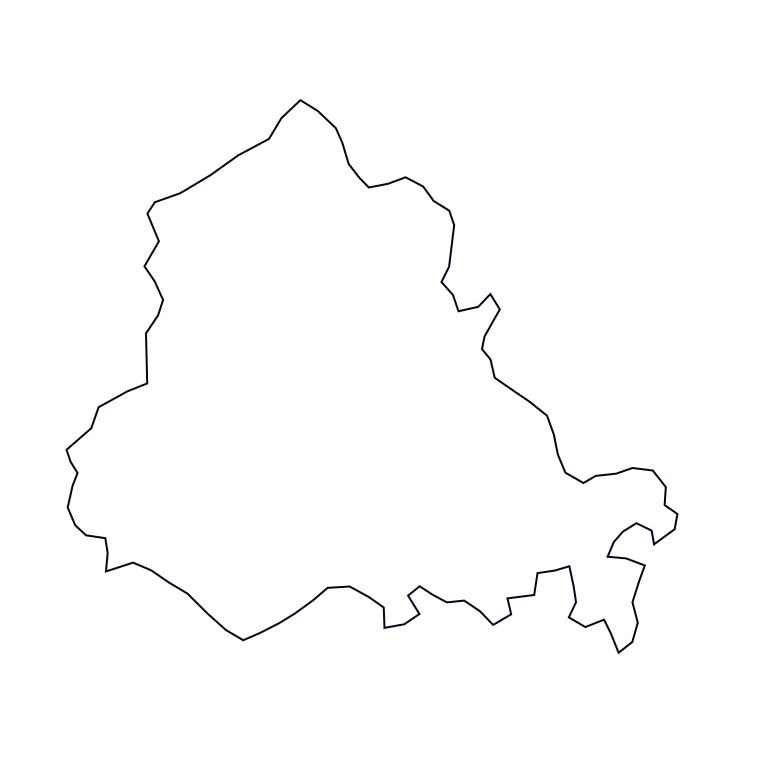 the district of Jupiá, Santa Catarina, Brazil, rotated 277°
{"feature_id": "56859067B89347281349045", "entity_name": "Jupiá", "entity_type": "district", "adm_level": 2, "iso_a3": "BRA", "parent_name": "Brazil", "parent_adm1": "Santa Catarina", "projection": "natural_earth1", "projection_center": [-52.726, -26.402], "detail": "fine", "context": "isolated", "style": "outline", "palette": "ink", "viewbox_px": 768, "rotation_deg": 277, "n_neighbors": 0, "source": "geoboundaries", "source_scale": "gbopen_adm2", "svg_char_len": 1587}
<svg xmlns="http://www.w3.org/2000/svg" viewBox="0 0 768 768"><g transform="rotate(277 384 384)"><path d="M440.5,154.5L424.6,151.4L405.3,141.6L355.7,148.9L345.5,130.3L326.2,103.6L304.5,98.9L280.0,76.9L268.5,82.5L258.3,90.7L245.0,87.3L222.8,85.1L206.1,94.8L197.5,106.7L197.0,126.2L182.7,130.3L164.1,130.9L176.1,156.7L170.7,175.6L160.7,194.8L152.1,214.3L134.6,236.9L120.6,257.0L112.5,275.5L122.4,292.2L133.9,309.2L145.4,323.6L160.7,340.0L174.8,352.9L178.8,374.6L170.7,395.0L162.1,411.0L142.0,414.2L148.0,433.4L160.0,447.2L176.9,433.7L187.6,444.0L180.9,457.6L174.9,473.0L178.8,489.9L170.2,506.9L158.2,521.7L170.9,538.3L186.3,532.7L192.9,558.8L215.0,559.4L219.7,576.4L225.7,590.2L205.6,597.1L190.8,601.2L174.9,595.9L167.3,613.5L176.9,631.1L164.7,639.2L145.9,649.6L158.2,661.9L178.0,665.0L197.6,657.2L219.5,661.3L235.7,665.0L240.4,645.5L239.8,627.0L255.2,631.4L266.7,639.2L276.6,651.5L271.1,667.5L257.8,671.6L275.3,690.2L290.7,691.1L298.0,677.3L316.0,676.3L330.9,661.3L330.9,640.8L323.3,625.4L318.6,605.3L310.0,594.0L318.1,574.8L335.3,565.1L354.4,558.8L372.4,549.7L383.9,531.1L393.0,513.5L403.7,493.1L421.2,486.8L430.6,477.0L443.4,478.0L459.5,484.6L472.1,489.9L486.2,478.6L472.1,468.2L465.3,449.1L480.9,441.5L492.2,428.6L508.3,434.3L527.1,434.3L550.3,434.3L563.9,427.7L571.7,411.0L584.8,398.8L591.8,380.2L583.2,363.6L577.2,345.0L585.8,334.3L598.1,322.1L618.2,313.3L632.0,305.1L646.9,285.0L655.5,266.4L635.4,249.8L613.3,240.0L593.4,211.7L569.9,186.0L548.6,158.6L536.5,134.4L524.3,128.4L498.2,143.2L471.6,131.9L458.0,143.8L440.5,154.5Z" fill="none" stroke="#020617" stroke-width="2"/></g></svg>